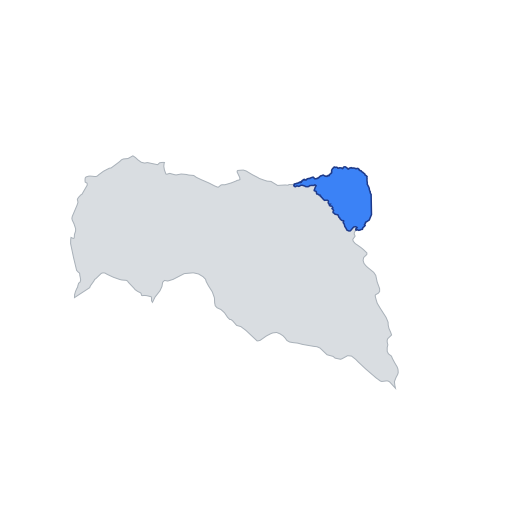 location of Birao, Vakaga, Central African Republic, rotated 30°
{"feature_id": "33826404B56670707739048", "entity_name": "Birao", "entity_type": "district", "adm_level": 2, "iso_a3": "CAF", "parent_name": "Central African Republic", "parent_adm1": "Vakaga", "projection": "mercator", "projection_center": [22.276, 9.995], "detail": "fine", "context": "in_parent", "style": "filled", "palette": "blue", "viewbox_px": 512, "rotation_deg": 30, "n_neighbors": 0, "source": "geoboundaries", "source_scale": "gbopen_adm2", "svg_char_len": 9164}
<svg xmlns="http://www.w3.org/2000/svg" viewBox="0 0 512 512"><g transform="rotate(30 256 256)"><path d="M346.2,196.8L350.5,197.9L351.2,199.2L350.0,203.5L350.9,206.2L353.2,208.4L355.7,209.4L358.0,210.0L366.1,211.3L369.4,212.9L373.9,217.9L379.4,222.5L380.8,224.9L380.5,227.1L378.9,229.8L379.1,230.9L381.7,233.6L384.6,236.3L390.0,239.3L399.3,244.1L403.5,247.3L405.0,249.7L407.4,252.3L410.7,254.7L412.9,256.6L411.4,261.8L411.8,263.5L412.7,265.0L414.6,267.0L415.4,269.7L417.3,273.0L419.6,274.5L423.4,275.0L425.4,276.6L429.6,279.2L433.7,281.5L435.5,283.0L436.5,284.4L437.5,286.0L437.9,287.7L438.0,291.2L438.7,295.6L440.9,298.6L442.9,300.8L434.6,298.2L433.4,298.2L431.9,298.6L427.6,301.8L426.2,302.1L420.7,301.5L407.5,299.0L397.3,296.6L394.2,295.7L388.8,294.9L385.2,296.5L381.8,302.1L380.8,303.2L375.5,304.9L373.0,304.4L366.9,306.0L357.4,303.7L354.1,304.1L351.4,305.3L344.6,307.8L340.5,309.3L335.7,310.6L331.1,312.6L328.0,313.7L325.0,313.7L322.3,312.5L319.4,311.6L315.8,311.4L312.1,311.9L309.0,314.2L307.7,315.8L305.0,320.0L301.8,326.9L300.5,328.2L299.4,329.0L284.6,325.5L278.2,324.7L273.9,325.8L268.5,323.9L266.1,323.5L265.0,324.1L262.0,323.3L257.1,320.9L252.4,319.9L248.2,320.3L245.6,319.5L243.6,317.2L240.9,313.0L236.1,308.9L229.6,305.5L225.6,303.0L224.0,301.4L220.5,300.4L215.2,300.3L210.1,301.9L202.7,307.1L195.9,317.7L192.1,321.8L189.0,322.9L188.3,325.4L189.8,329.5L190.2,334.2L189.1,342.1L189.5,347.9L187.9,347.0L186.3,344.3L185.6,343.7L181.1,345.0L178.8,346.1L177.5,347.1L176.6,347.3L175.1,345.8L174.0,345.6L172.2,345.8L170.4,345.8L169.2,345.6L168.5,345.7L166.4,344.9L158.6,342.6L157.3,341.9L155.7,342.0L151.7,343.9L149.6,344.5L143.2,345.7L136.3,346.3L133.7,346.3L131.9,347.1L130.7,348.4L128.6,355.7L128.0,357.0L128.1,358.8L127.5,364.7L127.8,366.6L119.6,382.8L118.2,380.1L117.4,376.9L117.0,373.3L117.2,372.3L116.7,371.3L116.0,368.3L116.7,366.4L116.1,364.4L114.5,362.4L113.1,360.9L112.2,359.5L111.5,359.0L109.9,358.8L107.8,358.1L98.7,348.5L89.2,337.9L87.3,334.4L86.5,332.4L88.8,332.2L89.4,331.8L89.4,330.9L88.0,328.1L87.3,324.6L86.1,322.5L82.4,319.2L78.8,316.7L77.7,315.4L77.1,313.6L75.7,302.1L75.1,298.8L74.0,297.3L73.2,296.7L72.9,295.8L73.0,293.8L73.5,291.9L73.5,291.2L74.4,289.6L74.4,278.9L73.3,277.4L71.1,277.4L70.0,275.8L69.1,273.9L69.3,272.5L71.4,270.3L72.8,269.5L76.8,267.7L78.0,266.9L78.7,265.8L79.1,264.4L81.5,258.9L85.0,253.4L86.5,252.2L90.0,244.1L90.8,242.1L91.4,240.0L92.6,238.3L96.4,235.6L99.3,230.8L102.4,231.0L105.7,231.8L109.8,232.2L113.1,231.2L115.2,229.4L125.2,226.1L125.9,223.5L127.5,222.2L129.4,221.0L130.0,220.8L130.1,221.7L131.3,224.4L133.5,227.1L136.9,230.0L137.9,229.8L139.9,227.6L145.2,226.2L146.5,225.6L150.2,222.4L154.7,220.3L157.3,219.5L161.8,217.4L165.0,217.7L170.2,217.3L178.8,216.3L185.0,216.0L188.2,215.6L189.0,215.2L190.2,212.0L191.1,211.2L193.5,209.8L198.0,205.1L201.1,201.2L202.0,199.7L202.6,199.5L203.9,197.8L202.6,196.1L197.5,192.6L197.5,192.1L197.2,191.5L197.5,191.0L199.5,189.6L202.1,187.9L204.9,187.3L212.3,187.4L218.5,187.1L220.0,187.2L224.9,186.3L228.2,185.6L231.7,183.9L239.4,184.1L245.9,179.8L247.8,179.0L248.6,178.3L248.8,177.6L251.9,175.9L255.2,172.4L257.9,169.2L258.7,166.9L266.0,159.3L268.5,159.5L269.8,158.5L272.7,153.4L273.6,152.5L276.6,151.6L278.1,150.1L279.3,147.8L279.3,145.0L278.7,142.8L278.7,141.7L279.4,140.7L280.6,139.7L286.2,137.0L287.6,135.6L288.4,134.5L290.0,134.2L291.7,134.4L292.8,133.6L294.0,132.4L297.9,130.7L301.4,129.4L305.2,129.9L312.0,131.6L314.0,135.3L315.0,136.5L323.4,145.2L325.0,147.2L329.2,153.5L331.7,157.7L334.7,163.7L334.9,167.0L334.5,169.9L334.0,177.8L333.2,180.1L329.5,184.4L329.4,186.4L330.1,188.0L331.2,188.6L331.9,189.4L331.5,193.2L332.8,194.6L335.6,195.6L342.6,196.2L346.2,196.8Z" fill="#d9dde1" stroke="#a8b0b8" stroke-width="1"/><path d="M329.8,183.5L330.0,183.3L330.2,183.0L330.2,182.7L330.5,182.5L330.8,182.5L331.4,182.5L331.9,182.5L332.2,182.4L332.4,182.2L332.5,182.1L333.0,181.6L333.5,181.1L333.9,180.3L334.2,180.1L334.7,179.8L334.8,179.7L334.8,179.4L334.5,178.4L334.4,178.1L334.5,177.9L334.5,177.7L334.7,177.1L335.0,176.5L335.2,175.6L335.2,175.1L335.2,174.9L334.9,174.8L334.7,175.0L334.4,174.9L334.2,174.6L334.3,174.0L334.4,173.5L334.4,172.9L334.3,172.6L334.0,172.3L334.0,172.1L334.1,171.8L334.9,170.6L335.1,170.2L335.7,168.9L336.0,168.4L336.1,168.2L335.9,166.9L335.3,162.4L324.9,145.1L324.1,144.7L323.4,144.2L323.1,143.9L323.1,143.7L322.8,143.2L322.4,143.0L322.1,142.9L321.9,142.7L321.5,142.3L320.9,141.8L320.8,141.6L320.4,141.0L320.0,140.6L318.7,139.6L318.4,139.5L317.9,139.1L317.2,138.7L316.9,138.5L316.4,138.2L316.3,137.9L315.8,137.0L315.4,136.4L314.8,135.8L314.5,135.3L313.8,134.2L313.6,133.6L313.4,133.4L312.9,132.7L312.5,132.0L312.5,131.9L312.5,131.7L312.3,131.6L311.9,131.5L311.0,131.3L310.4,131.3L309.8,131.3L309.7,131.2L309.3,130.6L309.2,130.6L308.3,130.4L308.0,130.4L307.8,130.4L307.4,130.4L307.0,130.2L306.9,130.1L306.7,130.1L306.4,130.2L306.0,130.2L304.9,129.9L304.7,129.7L304.4,129.7L304.1,129.9L303.4,129.9L303.3,130.0L303.0,130.1L302.6,130.0L302.5,129.9L302.3,129.9L302.1,129.5L302.0,129.4L301.9,129.4L301.6,129.6L301.2,129.5L300.8,129.2L300.6,129.2L300.4,129.3L299.8,129.5L299.6,129.7L299.5,129.9L299.2,130.3L298.9,130.5L298.4,130.5L297.9,130.5L297.5,130.6L297.3,130.8L296.8,130.9L296.5,131.0L296.2,131.3L295.5,131.6L295.4,131.9L295.2,132.0L294.4,131.8L294.0,132.1L293.8,132.6L293.4,132.8L293.0,133.1L292.9,133.2L292.9,133.9L292.8,134.0L292.6,134.2L292.6,134.4L292.5,134.6L292.4,134.7L292.1,134.7L291.7,134.5L291.5,134.4L291.0,134.4L290.9,134.4L290.5,134.2L290.1,134.1L289.6,134.2L289.0,134.1L288.6,134.2L288.0,134.6L287.6,134.9L287.5,135.1L287.4,135.5L287.4,136.0L287.5,136.3L287.4,136.9L287.3,137.0L287.1,137.2L286.9,137.2L286.2,137.1L285.8,137.1L285.6,137.2L285.3,137.4L284.8,137.5L284.5,137.6L284.2,137.9L284.0,138.5L283.9,138.6L283.5,138.7L283.1,139.0L282.9,139.1L282.4,138.8L282.3,138.7L282.1,138.7L281.9,138.7L281.4,138.9L281.0,139.0L280.9,139.0L280.7,139.4L280.4,139.6L280.0,139.7L279.4,139.7L279.2,139.8L279.0,141.1L278.7,141.6L278.6,142.0L278.6,142.5L278.6,143.1L278.6,143.5L278.7,144.1L279.0,144.7L279.2,145.0L279.5,145.2L279.7,145.4L279.7,145.6L279.7,145.9L279.7,146.1L279.9,146.5L279.7,147.1L279.5,147.4L279.3,147.8L279.2,148.2L279.2,148.4L279.1,148.5L279.1,148.8L279.0,149.1L279.2,149.6L279.1,149.8L279.0,150.1L278.2,150.2L278.1,150.3L278.1,150.7L277.8,151.1L277.8,151.5L277.7,151.6L277.1,151.8L276.8,152.0L276.5,152.1L276.1,152.3L275.9,152.3L275.4,152.3L275.1,152.4L274.9,152.4L274.6,152.3L274.3,152.3L274.1,152.3L273.8,152.3L273.6,152.5L273.0,153.2L272.8,153.4L272.5,153.9L272.0,154.2L271.9,154.5L271.8,154.8L271.5,155.2L271.5,155.3L271.5,155.7L271.5,156.0L271.4,156.2L271.2,156.4L271.1,156.7L271.1,157.1L270.8,157.5L270.6,157.6L270.3,157.9L270.2,158.0L270.2,158.4L269.9,158.5L269.7,158.8L269.4,159.0L269.1,159.3L268.9,159.3L268.6,159.6L268.2,159.8L267.8,159.7L267.7,159.6L267.4,159.4L266.9,159.4L266.4,159.1L266.2,159.1L265.9,159.2L265.8,159.3L265.4,159.9L265.3,160.0L264.9,160.2L264.7,160.5L264.5,160.9L264.3,161.1L264.2,161.2L264.1,161.5L264.0,161.8L263.9,162.0L263.2,162.2L263.1,162.3L262.9,162.5L262.7,162.7L262.5,162.9L262.1,163.2L262.0,163.3L261.7,163.8L261.7,164.1L261.7,164.3L261.5,164.6L261.5,164.9L261.4,165.1L260.8,165.4L260.6,165.6L260.4,165.8L260.2,165.8L260.1,165.7L259.9,165.5L259.8,165.4L259.6,165.4L259.3,165.7L259.1,165.9L258.9,166.1L258.8,166.4L258.9,166.8L258.9,167.0L258.4,167.4L258.4,167.5L258.2,167.9L258.2,168.1L258.4,168.3L258.1,168.7L258.1,168.9L258.3,169.1L258.3,169.3L258.2,169.3L257.7,169.4L257.7,169.6L258.0,169.9L258.0,170.1L257.8,170.2L257.6,170.2L257.3,170.1L257.1,170.1L257.1,170.3L257.0,170.6L256.5,170.8L256.4,171.1L256.2,171.5L256.0,171.8L255.8,171.9L255.4,172.5L255.0,172.7L254.6,173.0L254.4,173.5L254.1,173.7L253.7,173.9L253.4,174.4L253.4,174.6L253.5,174.7L253.5,174.8L253.4,174.8L253.5,175.1L253.5,175.3L253.3,175.6L253.7,176.3L255.1,176.5L255.5,176.3L255.8,175.8L256.2,175.0L256.9,174.6L257.9,174.5L258.7,173.8L259.5,172.3L260.7,171.6L261.5,171.4L262.5,171.2L263.1,171.0L264.2,171.1L265.1,170.7L266.0,170.2L266.9,169.5L267.3,168.2L267.8,167.9L268.2,167.6L268.6,167.2L270.6,166.1L271.1,165.6L271.4,164.9L272.8,165.0L273.0,166.0L272.9,166.6L273.0,167.2L273.3,168.5L273.4,169.5L273.5,170.0L273.8,170.3L274.6,170.2L275.5,170.0L276.2,170.2L276.8,171.2L277.6,171.9L278.0,171.7L278.9,171.5L279.5,171.7L280.2,171.6L281.0,171.2L281.7,172.0L282.5,171.8L283.1,172.4L284.4,172.6L285.1,173.0L285.8,173.1L287.4,173.6L289.0,172.5L290.0,172.0L290.9,172.0L291.3,172.3L291.7,172.9L291.7,173.4L291.9,173.8L292.8,174.4L293.4,174.6L293.9,174.2L294.4,174.0L294.1,175.1L294.4,175.6L295.6,175.5L296.6,174.9L298.5,175.9L298.2,177.0L299.1,177.1L299.9,177.4L300.4,177.7L300.4,178.2L300.5,178.9L300.8,179.6L301.2,179.9L301.9,179.9L302.8,180.0L303.4,180.3L303.9,180.2L306.3,179.4L307.7,180.4L308.4,181.0L309.6,181.2L310.0,181.7L312.1,182.3L312.9,182.2L313.5,182.1L314.0,181.7L314.3,181.7L314.6,182.2L314.7,182.9L314.9,183.6L315.9,183.9L317.2,185.0L318.2,186.1L319.0,186.4L320.6,187.3L321.7,188.1L323.8,187.9L325.0,187.2L325.4,185.9L325.7,183.9L326.1,182.1L326.8,181.4L327.6,180.8L328.7,180.7L329.3,180.8L329.1,181.6L328.9,182.6L329.1,183.1L329.3,183.5L329.8,183.5Z" fill="#3b82f6" stroke="#1e3a8a" stroke-width="1.5"/></g></svg>